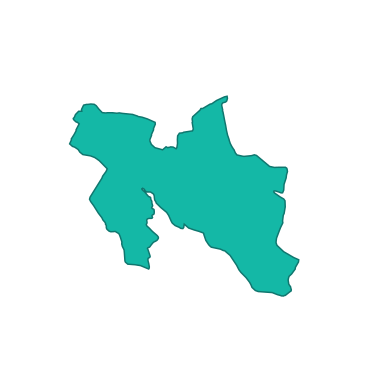 the district of Barberena, Santa Rosa, Guatemala, rotated 309°
{"feature_id": "79465075B64045433059615", "entity_name": "Barberena", "entity_type": "district", "adm_level": 2, "iso_a3": "GTM", "parent_name": "Guatemala", "parent_adm1": "Santa Rosa", "projection": "equal_earth", "projection_center": [-90.427, 14.303], "detail": "fine", "context": "isolated", "style": "filled", "palette": "teal", "viewbox_px": 384, "rotation_deg": 309, "n_neighbors": 0, "source": "geoboundaries", "source_scale": "gbopen_adm2", "svg_char_len": 4517}
<svg xmlns="http://www.w3.org/2000/svg" viewBox="0 0 384 384"><g transform="rotate(309 192 192)"><path d="M262.5,146.4L260.7,146.7L250.9,145.2L248.9,146.1L246.7,148.4L246.1,148.4L241.7,153.4L239.8,153.9L233.2,147.9L232.1,147.5L229.8,145.2L226.6,145.5L223.6,147.6L220.6,150.2L217.0,152.3L215.6,152.4L215.0,149.0L213.6,147.0L212.5,146.3L211.9,145.7L211.2,145.3L210.8,143.4L206.3,142.6L205.4,140.5L203.1,135.3L203.4,130.5L205.1,127.2L206.2,126.3L210.6,124.9L211.2,124.3L216.1,123.0L217.0,122.2L221.6,120.8L222.9,119.5L220.7,111.3L218.7,106.1L216.7,102.5L216.7,101.8L215.7,99.2L214.9,97.0L213.0,94.1L209.2,88.3L207.7,85.7L205.9,84.0L203.6,80.4L200.4,76.4L199.6,75.7L198.9,74.9L197.2,72.3L197.8,67.5L198.8,63.2L198.6,60.8L196.7,58.0L194.7,56.1L193.7,54.9L191.3,53.1L186.6,54.2L185.4,55.5L183.4,53.1L178.9,52.7L175.8,53.6L174.5,53.4L173.8,54.3L173.6,55.7L173.5,58.1L174.0,58.7L174.0,61.4L167.3,62.8L166.7,63.4L162.5,64.2L157.2,64.8L156.6,65.5L152.4,66.6L152.2,70.4L153.0,72.5L153.4,76.7L152.4,79.8L152.4,83.6L156.2,90.4L157.6,94.7L158.0,100.1L156.7,111.5L153.9,112.3L148.1,112.6L146.0,113.3L124.0,116.0L121.9,116.9L120.8,119.3L119.5,124.2L116.6,132.7L115.3,138.1L114.2,140.4L113.7,143.4L113.2,144.6L112.6,144.9L112.0,146.5L110.2,148.0L109.5,149.4L109.4,152.2L110.0,153.9L111.7,155.8L113.0,157.1L113.6,161.2L113.1,162.5L111.9,164.6L109.0,169.0L107.4,170.1L105.9,172.1L104.3,175.6L102.7,177.2L96.2,183.3L95.6,184.4L95.5,187.5L99.7,193.6L102.4,198.3L104.9,206.8L105.7,206.7L106.6,206.2L107.0,205.9L107.7,205.1L109.1,203.5L109.7,202.7L110.4,201.7L110.9,201.1L111.5,200.5L111.9,200.2L112.7,199.7L113.2,199.7L113.7,199.9L114.2,200.2L114.9,200.3L115.6,200.0L116.2,199.2L118.2,196.1L118.7,195.3L119.3,194.4L120.1,192.9L120.8,192.8L121.4,193.0L122.0,193.5L122.7,193.7L123.2,193.7L124.7,193.6L127.0,193.6L127.7,193.6L128.5,193.7L129.3,193.9L130.5,194.5L131.0,194.7L132.0,195.1L132.7,195.2L133.4,195.2L134.2,195.1L134.8,195.0L135.3,194.7L135.8,194.1L136.0,193.4L136.2,192.6L136.3,191.5L136.4,187.3L136.5,185.7L136.7,184.0L137.0,181.9L137.1,180.3L137.2,178.3L137.6,177.5L137.9,177.0L138.5,176.8L139.4,176.6L139.8,176.4L140.4,175.8L141.0,175.2L141.5,174.6L142.2,174.3L143.1,174.3L143.9,174.8L144.4,175.2L144.9,175.7L145.8,176.9L146.4,177.4L147.3,177.4L147.8,176.6L148.2,175.9L148.9,175.7L149.7,175.8L150.2,176.2L150.8,176.3L151.6,176.0L152.2,175.6L153.0,175.0L153.4,174.6L153.8,174.2L154.4,173.6L154.5,172.8L154.1,171.7L154.3,170.7L154.9,170.4L155.4,170.4L156.5,170.1L157.0,169.5L157.7,168.4L158.3,167.7L158.7,167.3L159.4,166.7L159.9,165.8L160.1,165.2L160.5,164.3L161.2,163.9L161.7,163.2L161.6,162.4L161.2,161.3L161.2,160.7L161.4,159.7L161.6,158.5L161.9,157.2L162.1,156.2L162.3,155.2L162.3,153.6L162.4,152.4L162.5,151.5L162.9,151.0L163.9,151.3L164.1,153.4L163.5,154.5L163.4,156.6L165.9,159.8L166.2,163.3L165.3,165.0L163.8,166.4L162.4,167.9L161.6,170.1L160.9,171.2L160.3,177.4L160.2,185.1L159.1,188.6L156.1,194.5L155.4,196.3L155.3,200.0L156.0,202.6L156.4,203.8L156.7,206.2L157.8,207.9L159.2,207.9L162.1,206.2L161.9,212.1L163.3,216.0L163.9,217.7L164.7,219.6L165.8,222.2L166.2,223.4L167.2,226.3L167.1,227.2L166.4,228.0L163.1,233.2L161.5,238.2L161.2,240.7L161.3,241.8L165.5,250.1L166.2,253.2L166.9,254.2L166.7,261.5L163.2,272.7L161.1,277.4L160.3,280.7L159.5,287.9L158.1,293.5L157.1,296.0L155.6,298.7L155.3,303.2L156.3,306.1L164.3,317.6L165.8,322.4L166.2,323.5L167.2,325.7L167.5,326.8L168.8,328.6L169.8,329.0L170.4,329.6L175.8,330.8L177.5,331.3L178.5,330.7L179.8,328.9L180.4,328.2L181.2,325.3L184.1,322.1L186.0,321.1L187.6,320.5L191.0,321.0L197.1,320.7L198.4,319.8L204.6,318.8L206.5,317.6L205.1,312.4L203.3,300.9L204.0,291.6L205.5,289.2L206.9,288.2L209.4,286.7L216.9,284.2L220.1,283.2L225.2,282.0L226.5,280.6L231.3,277.6L233.3,277.1L239.1,273.8L243.7,269.8L244.3,267.7L243.6,263.2L243.2,257.2L243.3,256.1L243.6,255.5L244.3,255.1L244.7,255.4L245.3,256.1L246.7,259.6L247.3,261.6L247.7,262.2L248.4,262.9L251.2,262.1L255.9,258.7L257.0,258.3L262.2,256.3L264.7,254.7L268.0,253.3L268.8,252.4L269.7,251.4L270.1,250.6L270.0,249.0L264.4,242.2L263.0,240.7L260.7,236.2L261.0,219.1L260.1,217.0L257.7,215.4L252.4,210.0L251.6,208.7L249.1,203.6L249.7,201.0L251.3,198.0L251.5,197.0L252.5,194.1L253.8,191.2L255.5,188.5L256.1,187.8L258.0,184.8L258.3,184.2L261.6,180.0L265.3,175.8L265.9,175.0L267.8,172.7L273.8,165.6L274.1,164.7L275.0,164.3L277.9,160.7L279.0,159.9L280.6,159.8L283.1,161.5L284.6,161.7L287.1,160.6L288.5,159.0L286.3,157.3L278.6,153.5L272.9,151.8L271.8,150.8L263.7,147.8L262.5,146.4Z" fill="#14b8a6" stroke="#0f766e" stroke-width="1.5"/></g></svg>